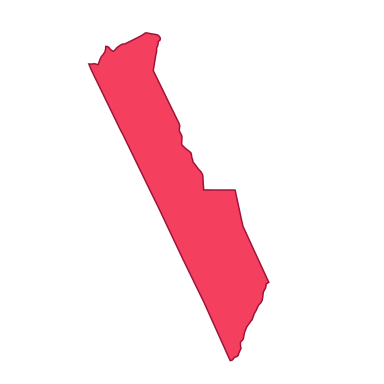 Governador Newton Bello, Maranhão, Brazil (Albers equal-area conic projection), rotated 64°
{"feature_id": "56859067B61674045993248", "entity_name": "Governador Newton Bello", "entity_type": "district", "adm_level": 2, "iso_a3": "BRA", "parent_name": "Brazil", "parent_adm1": "Maranhão", "projection": "albers", "projection_center": [-45.972, -3.404], "detail": "fine", "context": "isolated", "style": "filled", "palette": "rose", "viewbox_px": 384, "rotation_deg": 64, "n_neighbors": 0, "source": "geoboundaries", "source_scale": "gbopen_adm2", "svg_char_len": 2068}
<svg xmlns="http://www.w3.org/2000/svg" viewBox="0 0 384 384"><g transform="rotate(64 192 192)"><path d="M360.3,231.6L360.7,230.0L360.5,228.7L359.6,227.4L359.3,225.9L359.6,223.8L359.1,222.0L357.4,220.6L356.4,219.5L354.1,216.5L352.7,216.2L350.7,215.5L348.2,214.3L347.4,211.9L346.4,210.1L343.9,208.4L341.6,206.6L339.2,204.1L337.4,202.1L336.2,200.1L333.9,195.7L333.2,194.0L331.0,191.8L328.3,188.9L326.4,186.0L324.6,184.0L323.7,182.8L322.8,181.5L321.6,178.4L320.0,176.3L317.1,174.2L315.2,173.1L313.1,171.6L310.6,168.1L308.5,166.3L307.1,165.8L306.9,162.6L303.2,162.5L293.5,162.3L275.6,161.9L273.9,161.9L245.1,161.2L237.8,159.5L209.2,152.4L208.0,154.6L204.5,161.8L203.8,163.3L200.9,169.2L197.7,175.7L195.3,180.6L190.5,178.6L189.3,178.2L182.8,175.4L181.1,174.9L179.7,175.0L178.2,175.0L176.9,175.3L175.5,175.8L174.0,176.2L172.2,176.6L170.7,176.8L169.1,177.1L167.1,177.6L164.9,178.0L163.7,177.3L161.6,177.2L159.3,176.5L157.5,176.0L156.2,175.8L154.9,176.4L153.3,177.0L151.8,177.9L150.3,178.6L148.7,179.2L146.9,179.9L145.3,180.3L143.7,180.1L142.5,179.2L140.3,178.1L138.9,177.3L137.4,176.6L135.4,176.5L133.1,176.6L131.6,176.6L130.4,176.0L129.0,175.3L127.5,174.1L125.1,173.6L116.8,173.6L104.9,173.6L98.8,173.6L81.3,173.6L78.3,173.6L72.1,173.6L65.9,173.6L53.2,164.6L51.2,163.0L49.7,161.9L48.1,161.2L46.8,160.4L45.8,159.1L44.5,157.9L41.9,156.3L41.8,154.7L40.4,153.2L38.7,153.0L36.8,153.5L35.4,154.4L34.1,156.1L33.0,157.8L31.8,159.5L30.6,161.0L29.3,162.7L28.6,164.2L28.8,165.8L29.2,167.5L29.3,169.0L29.4,175.1L29.5,185.2L29.4,187.9L28.6,189.5L28.6,191.2L28.8,193.3L29.1,194.8L29.4,196.3L30.2,198.1L30.8,199.7L31.0,201.3L29.9,201.9L28.0,202.9L26.3,203.2L24.5,203.9L23.3,205.7L25.2,206.7L27.5,208.5L28.6,210.1L29.6,211.7L30.5,214.0L31.9,215.9L33.6,217.7L34.7,218.8L36.4,220.6L34.9,222.3L33.8,223.6L33.4,225.1L32.7,226.8L31.7,228.6L37.8,229.0L105.8,229.1L110.4,228.9L158.4,229.0L164.8,229.0L167.5,229.0L180.8,229.0L188.8,228.9L247.8,229.6L257.6,229.6L261.7,229.6L293.0,229.6L295.1,229.6L301.3,229.7L302.8,229.8L360.3,231.6Z" fill="#f43f5e" stroke="#9f1239" stroke-width="1.5"/></g></svg>